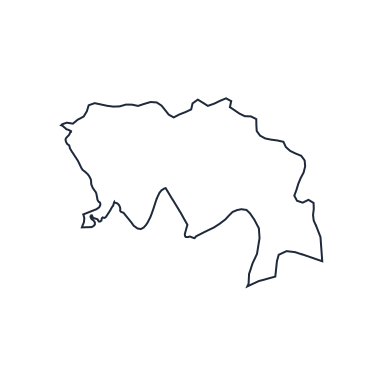 outline of Al Maqatirah, Lahij, Yemen, rotated 237°
{"feature_id": "15242507B89654999321580", "entity_name": "Al Maqatirah", "entity_type": "district", "adm_level": 2, "iso_a3": "YEM", "parent_name": "Yemen", "parent_adm1": "Lahij", "projection": "robinson", "projection_center": [44.156, 13.13], "detail": "fine", "context": "isolated", "style": "outline", "palette": "slate", "viewbox_px": 384, "rotation_deg": 237, "n_neighbors": 0, "source": "geoboundaries", "source_scale": "gbopen_adm2", "svg_char_len": 4595}
<svg xmlns="http://www.w3.org/2000/svg" viewBox="0 0 384 384"><g transform="rotate(237 192 192)"><path d="M63.0,263.5L66.8,265.6L68.6,266.6L84.2,275.2L96.6,277.8L96.6,277.7L101.6,278.5L103.4,279.3L106.8,281.0L111.5,284.9L116.6,288.0L122.0,285.4L122.8,279.0L127.5,275.3L133.2,275.8L135.2,278.5L137.0,280.9L140.9,285.5L144.6,290.9L147.6,296.3L151.9,300.9L157.0,303.6L158.2,303.6L162.9,303.3L167.9,299.8L173.0,296.7L178.6,295.2L184.3,296.0L188.6,291.8L192.8,286.9L197.0,282.6L199.0,281.5L202.2,279.8L207.9,279.5L213.2,282.5L218.1,285.6L219.2,285.0L223.3,282.6L226.8,277.6L231.9,274.5L237.2,272.3L241.4,270.5L242.4,270.1L242.5,270.0L246.9,274.4L247.8,273.8L252.0,271.6L253.2,265.1L254.0,258.8L255.6,252.2L260.8,249.8L266.3,247.2L266.0,240.7L261.7,236.3L262.6,229.9L263.9,223.7L264.5,217.3L269.6,214.6L275.2,214.1L281.0,213.5L286.3,211.2L290.0,206.3L291.9,200.0L293.5,193.9L293.6,193.6L297.9,189.3L301.3,184.2L303.2,178.0L304.2,176.3L306.5,172.5L310.4,167.9L314.8,163.5L319.5,158.8L321.0,152.6L317.0,147.8L314.3,142.3L314.5,140.2L314.5,139.4L314.9,135.7L314.2,129.3L318.3,124.8L319.2,121.4L319.5,120.0L319.2,118.7L319.1,118.8L317.5,119.7L315.7,120.1L314.4,120.6L313.7,120.6L313.1,120.8L312.3,121.5L311.7,122.0L311.1,122.4L309.8,123.2L308.8,123.7L308.3,123.3L308.3,122.7L308.3,122.2L307.8,121.6L307.6,121.3L307.3,120.8L306.9,120.1L306.6,119.0L306.2,117.2L305.8,115.8L305.1,114.7L304.3,114.2L302.8,113.7L301.6,113.6L301.0,113.5L300.4,113.5L299.9,113.6L299.3,113.8L298.9,114.1L298.2,114.3L297.5,114.3L297.4,114.2L296.7,114.0L295.1,113.4L292.5,113.3L291.3,113.2L291.2,113.2L290.0,113.3L287.0,113.3L280.4,113.3L275.4,112.7L272.3,112.3L270.3,112.3L269.0,112.7L268.2,113.0L267.3,113.3L265.9,113.7L265.0,113.9L264.3,114.1L264.1,114.2L261.1,114.4L257.7,114.0L256.2,113.3L255.9,113.2L254.4,112.3L254.1,112.1L253.5,111.9L253.0,111.6L252.6,111.6L252.4,111.5L249.6,111.0L245.7,111.1L244.4,111.2L244.2,111.2L242.8,110.9L242.5,110.8L239.3,109.5L239.1,109.4L238.5,109.2L238.4,109.1L237.0,108.5L235.5,108.4L234.6,108.4L233.6,109.0L232.5,108.9L232.0,108.6L231.1,108.1L231.0,107.9L230.9,107.8L229.8,106.0L229.7,105.4L229.6,102.5L229.8,101.5L230.4,98.6L232.4,88.6L231.9,88.5L228.8,87.5L225.6,85.0L224.4,83.3L223.9,82.5L222.3,80.4L219.2,85.5L217.4,88.4L217.3,88.6L217.2,89.2L217.1,90.9L217.6,92.8L218.4,93.3L219.4,94.0L221.8,93.9L224.0,93.0L226.4,93.3L226.9,93.7L227.3,94.8L227.0,95.3L226.7,95.2L226.1,95.2L225.3,95.0L223.9,95.2L221.2,97.4L220.6,97.9L219.8,97.9L219.4,97.8L219.2,97.8L218.0,97.8L217.4,98.7L217.3,98.8L217.4,100.5L218.5,101.4L219.0,102.1L219.2,102.6L219.3,102.7L219.3,103.3L218.5,103.8L217.9,104.5L217.9,106.0L218.6,107.7L219.0,108.6L220.5,112.0L221.2,113.5L222.6,116.1L223.1,117.1L223.3,118.2L224.6,119.7L225.6,120.9L225.9,121.4L225.3,121.3L224.6,121.9L224.0,122.5L223.0,123.2L221.3,123.6L220.7,123.6L220.1,123.6L218.3,123.3L217.8,123.1L217.1,122.8L217.0,122.7L216.3,122.2L215.8,121.8L215.4,121.6L215.0,121.5L214.9,121.5L214.4,121.6L214.2,121.6L213.3,122.2L213.0,122.4L212.3,122.9L211.9,123.2L210.5,123.4L209.5,123.5L209.0,123.5L206.7,123.8L202.9,124.2L200.1,124.5L199.1,124.6L195.6,124.7L192.0,126.1L191.3,126.3L191.1,126.4L191.0,126.5L190.6,127.0L188.8,128.9L188.8,129.0L188.7,129.8L188.6,131.3L188.5,132.0L189.4,135.5L190.6,138.2L191.2,139.3L191.8,140.2L192.2,141.0L192.3,141.1L193.5,143.3L193.7,143.5L194.6,144.8L196.4,147.2L197.8,149.0L198.3,149.7L201.0,153.0L204.0,156.7L205.6,158.7L205.6,159.0L206.3,159.8L209.0,164.2L210.0,167.2L210.0,167.7L210.0,167.8L210.0,168.0L210.0,169.3L210.0,170.2L210.0,170.6L209.6,172.0L209.3,172.0L206.9,171.9L205.6,171.9L197.3,171.6L195.7,171.6L194.7,171.6L191.2,171.5L184.1,171.3L183.0,171.2L182.8,171.2L181.3,171.2L180.5,171.2L175.3,170.8L172.0,170.6L168.4,170.4L167.0,170.3L165.9,169.0L163.5,166.3L160.6,163.0L158.8,162.2L157.8,162.2L156.3,164.1L156.2,164.5L155.9,165.9L155.8,166.0L155.1,166.5L154.0,167.3L153.3,167.8L151.9,169.0L152.1,169.7L152.6,171.3L152.6,171.5L151.8,179.1L151.7,180.3L151.6,181.1L151.3,183.3L150.3,191.2L150.3,197.4L150.3,197.9L150.6,201.9L150.8,204.9L151.8,208.8L152.1,210.0L153.2,215.2L152.3,219.8L152.3,220.0L151.1,222.9L150.7,224.0L147.3,227.9L142.7,229.0L135.0,229.2L134.8,229.2L125.1,228.3L116.5,223.5L104.9,213.0L104.7,212.8L102.0,208.5L99.1,203.8L99.0,203.7L96.6,200.7L95.9,199.9L94.6,198.3L92.1,195.1L90.3,193.9L89.1,193.0L87.2,191.6L85.2,190.2L84.5,189.7L84.2,189.4L82.7,187.0L81.9,192.7L80.9,199.6L78.9,205.6L78.7,206.3L78.2,208.0L75.7,215.8L87.9,225.7L88.8,226.8L92.1,230.5L91.3,236.5L90.9,239.1L85.5,245.6L84.2,246.7L80.3,249.8L79.7,250.3L79.8,250.4L78.5,251.4L63.0,263.5Z" fill="none" stroke="#1e293b" stroke-width="2"/></g></svg>